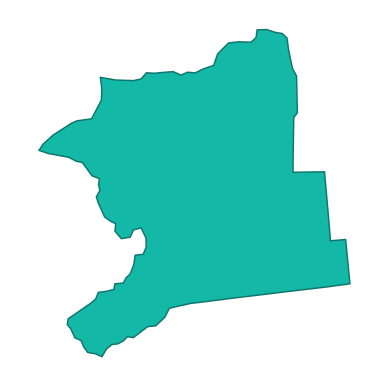 outline of Paverama, Rio Grande do Sul, Brazil, rotated 84°
{"feature_id": "56859067B40983715015360", "entity_name": "Paverama", "entity_type": "district", "adm_level": 2, "iso_a3": "BRA", "parent_name": "Brazil", "parent_adm1": "Rio Grande do Sul", "projection": "mercator", "projection_center": [-51.725, -29.575], "detail": "fine", "context": "isolated", "style": "filled", "palette": "teal", "viewbox_px": 384, "rotation_deg": 84, "n_neighbors": 0, "source": "geoboundaries", "source_scale": "gbopen_adm2", "svg_char_len": 1348}
<svg xmlns="http://www.w3.org/2000/svg" viewBox="0 0 384 384"><g transform="rotate(84 192 192)"><path d="M255.3,44.2L255.0,59.4L238.8,59.0L185.8,58.1L184.3,74.0L183.0,89.5L167.0,87.7L128.6,83.0L124.1,78.9L87.5,75.9L79.5,79.2L60.6,81.1L48.9,81.4L43.9,85.5L41.9,92.6L38.2,101.0L37.6,110.3L45.1,112.1L49.2,117.7L47.5,129.9L47.6,140.1L57.3,152.0L68.4,157.3L70.6,167.4L73.9,176.5L72.4,183.7L74.6,190.7L70.3,198.2L70.0,210.3L70.0,216.8L68.7,224.9L74.3,230.9L75.1,238.6L72.7,256.0L68.4,271.2L80.1,270.9L91.1,272.5L108.7,284.2L109.2,298.9L111.0,304.7L120.8,324.1L128.9,335.2L134.6,339.8L138.7,330.9L144.6,311.0L149.1,304.2L151.3,297.9L165.4,289.8L169.1,282.7L174.9,284.2L180.8,283.4L186.7,287.6L193.0,286.4L207.7,281.5L212.4,276.3L215.6,271.2L222.9,272.7L231.0,267.2L230.5,258.2L223.5,254.1L222.4,246.4L232.7,242.6L241.8,243.2L248.8,247.0L248.9,255.1L258.6,257.6L267.2,262.2L270.5,266.6L275.3,269.7L275.3,278.3L280.8,279.9L281.8,287.3L282.0,295.7L288.3,298.9L291.8,303.9L305.1,328.3L310.7,329.9L315.3,326.9L324.8,323.7L328.2,317.8L334.5,316.0L340.7,312.5L342.9,304.7L346.4,298.8L339.1,293.3L335.3,287.6L335.3,281.8L332.9,275.9L329.1,271.2L330.7,265.6L321.3,250.3L321.3,242.0L313.7,232.1L305.3,226.7L304.5,220.8L302.6,204.5L302.6,197.3L301.8,160.3L301.0,107.9L300.5,66.9L299.8,44.5L255.3,44.2Z" fill="#14b8a6" stroke="#0f766e" stroke-width="1.5"/></g></svg>